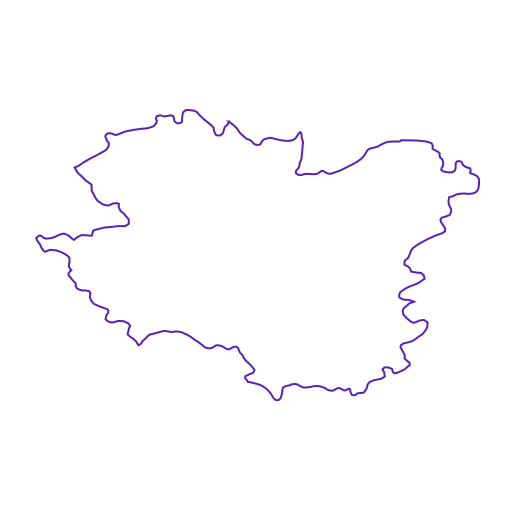 outline of Rechytsa, Gomel, Belarus, rotated 182°
{"feature_id": "67162791B36955231142498", "entity_name": "Rechytsa", "entity_type": "district", "adm_level": 2, "iso_a3": "BLR", "parent_name": "Belarus", "parent_adm1": "Gomel", "projection": "equal_earth", "projection_center": [30.22, 52.327], "detail": "fine", "context": "isolated", "style": "outline", "palette": "violet", "viewbox_px": 512, "rotation_deg": 182, "n_neighbors": 0, "source": "geoboundaries", "source_scale": "gbopen_adm2", "svg_char_len": 6031}
<svg xmlns="http://www.w3.org/2000/svg" viewBox="0 0 512 512"><g transform="rotate(182 256 256)"><path d="M143.7,123.1L142.4,124.9L140.5,128.1L140.0,131.4L137.9,134.2L133.1,136.2L129.4,137.0L126.2,137.8L123.1,140.0L123.9,144.5L125.7,146.9L123.8,149.1L119.9,149.3L116.2,147.9L114.9,144.5L113.0,143.5L110.7,144.3L106.4,146.3L103.5,147.9L100.6,150.7L98.5,152.3L99.0,154.8L101.9,157.0L103.8,158.6L104.0,162.1L105.8,165.6L108.4,169.7L108.1,171.9L105.6,173.8L102.4,174.6L98.5,175.8L96.3,176.7L93.9,178.5L92.7,179.4L90.2,181.4L87.2,183.4L84.7,186.5L82.9,189.6L82.4,191.1L82.2,195.6L85.9,198.0L90.5,197.2L93.3,195.7L96.2,194.8L98.2,195.4L100.8,197.2L102.8,198.8L106.5,202.3L107.5,206.1L106.8,208.5L105.1,210.3L103.0,212.0L101.3,213.8L96.6,215.8L99.3,216.7L102.2,217.5L106.7,217.5L109.4,218.5L111.5,219.9L111.5,222.4L110.4,225.0L105.9,228.5L100.8,231.2L94.9,233.6L91.6,235.5L88.9,237.6L86.7,239.2L87.6,242.4L90.4,244.9L93.6,244.9L100.4,245.8L101.8,249.1L103.8,251.0L107.2,252.3L107.5,254.8L107.0,256.7L104.3,259.0L103.3,260.7L102.2,263.9L101.0,267.2L99.2,269.6L94.8,273.0L91.7,274.9L88.1,277.1L85.6,278.6L81.4,280.6L77.8,282.5L73.7,284.1L70.7,285.3L68.0,287.1L67.9,290.0L69.6,292.6L72.0,295.9L73.0,298.5L71.8,300.7L67.7,302.1L64.0,303.7L62.6,306.6L62.5,309.1L63.8,311.9L65.2,314.7L65.5,317.9L65.0,321.5L60.7,322.9L58.0,324.5L54.1,325.4L50.0,325.7L45.6,325.5L42.1,325.9L39.0,327.1L37.0,329.1L36.0,331.9L35.8,334.4L35.6,338.1L35.9,340.8L37.8,343.5L40.8,345.0L43.2,345.7L45.1,346.5L44.4,348.7L45.0,351.1L47.6,351.7L50.0,352.5L52.3,354.2L53.7,357.0L55.9,358.0L58.6,357.4L59.6,355.8L59.6,350.7L60.2,348.4L62.4,346.7L65.8,346.2L68.8,346.5L72.5,347.3L73.9,348.7L73.4,350.9L72.2,352.8L72.2,355.1L72.5,357.4L73.3,359.1L75.4,360.8L76.1,363.1L76.0,365.0L77.6,366.4L80.5,367.9L83.2,369.2L83.3,371.3L83.3,372.8L84.5,374.8L86.7,375.6L90.6,376.4L94.8,376.8L99.4,377.0L105.0,377.0L110.1,376.8L114.8,376.8L114.8,376.4L116.7,375.4L121.6,375.3L126.3,374.9L129.0,374.5L131.2,373.5L133.8,372.3L135.7,371.2L138.4,369.5L142.0,368.4L146.0,367.3L148.4,365.6L150.3,361.9L151.2,360.4L152.8,358.4L155.1,356.1L160.1,352.4L167.3,348.5L174.7,344.4L180.9,342.0L183.7,340.9L185.7,340.7L188.3,341.3L191.2,343.0L193.1,343.4L194.3,342.8L195.6,341.7L196.8,340.8L198.4,340.1L201.0,339.7L205.2,339.8L207.6,339.9L209.9,339.7L212.8,338.7L214.6,338.4L216.7,338.6L219.0,340.1L219.2,341.8L218.0,343.7L216.2,345.8L215.9,347.2L215.6,350.2L214.0,354.5L213.5,361.3L213.0,371.8L214.5,375.9L214.9,379.7L216.0,381.3L217.6,380.0L219.6,376.4L220.9,374.7L223.0,373.2L225.8,372.4L229.5,372.1L231.5,372.2L236.1,372.7L238.1,373.1L240.8,373.7L245.7,374.7L249.7,373.7L252.7,372.5L254.8,369.5L255.6,367.8L257.4,367.1L260.5,367.2L262.4,368.4L263.9,370.1L265.9,371.6L269.6,372.9L272.3,375.0L276.3,378.4L279.3,382.6L282.8,385.8L287.8,389.4L287.7,389.4L289.3,385.9L291.7,383.9L292.6,380.4L293.3,377.7L295.7,375.3L298.8,375.1L300.8,376.1L302.4,379.9L302.9,382.8L305.1,385.1L310.0,388.7L313.8,391.6L317.1,394.6L319.8,397.5L322.2,398.9L326.9,399.5L331.3,399.4L333.8,397.1L334.4,394.6L334.6,390.9L334.6,387.5L336.6,386.1L339.5,385.8L342.2,387.8L342.6,390.1L343.5,392.8L346.0,393.7L350.2,392.7L352.9,392.3L356.7,393.3L360.2,392.1L360.9,389.9L359.8,387.8L360.4,384.9L363.1,382.0L368.6,379.9L374.4,379.2L382.2,377.9L387.3,376.7L391.1,375.8L394.2,374.4L397.1,373.2L400.2,372.0L402.7,372.6L404.3,373.4L406.9,373.5L408.6,373.4L410.4,371.6L410.7,370.0L410.0,368.4L409.0,366.1L407.1,363.9L407.0,361.2L408.4,358.2L410.5,356.1L412.9,354.6L418.0,351.5L424.6,347.9L431.2,343.8L436.1,340.2L440.3,338.1L440.2,338.0L437.3,333.2L431.8,328.4L428.8,325.5L422.9,321.6L422.5,315.6L418.1,307.9L415.9,305.4L411.1,302.3L407.4,301.4L404.8,301.4L400.8,303.4L397.5,304.0L394.9,303.4L394.9,300.0L393.0,296.3L389.3,293.5L384.5,288.1L384.2,283.8L387.8,281.3L395.6,281.0L404.0,279.6L408.1,279.3L416.5,276.8L419.4,275.9L420.9,270.5L428.3,270.8L431.2,270.8L435.6,268.3L438.5,265.7L441.5,267.7L443.3,269.4L444.8,270.3L448.8,271.7L452.2,270.8L454.4,269.7L458.4,267.7L462.1,266.6L466.5,266.0L469.1,266.9L471.6,268.8L473.5,268.8L476.4,266.3L475.3,264.0L472.3,260.1L470.5,256.4L467.9,253.3L466.4,253.0L464.6,253.9L462.0,255.0L456.1,254.7L450.6,253.0L445.1,250.2L442.5,247.9L442.1,244.2L442.7,240.9L442.7,239.0L441.2,236.6L440.0,235.2L441.5,234.0L442.8,232.1L442.7,230.3L440.3,227.7L438.5,225.5L436.0,223.2L435.0,221.6L435.1,219.2L433.2,216.9L428.5,215.4L425.9,215.7L421.6,215.1L420.2,213.1L420.5,211.3L420.6,208.9L419.1,205.6L416.6,202.7L413.7,201.4L411.7,200.5L406.9,199.0L402.6,197.5L401.5,195.9L402.0,193.8L403.3,191.8L404.2,187.5L401.8,185.6L399.7,184.7L396.4,184.6L393.8,185.6L391.0,186.3L385.8,186.2L381.3,184.2L379.2,181.6L380.4,179.5L381.0,176.1L381.7,173.3L378.4,170.5L376.2,169.3L372.9,166.5L370.4,162.7L367.8,164.3L366.6,166.9L363.3,169.9L361.5,172.1L359.3,173.8L353.8,175.3L350.5,176.4L346.9,177.5L344.5,177.9L340.3,177.4L337.9,177.0L334.3,177.7L330.3,177.7L327.7,177.2L325.4,176.2L322.8,175.2L319.5,173.6L317.5,172.3L314.1,169.9L310.8,168.1L306.4,165.0L304.2,163.1L300.2,162.0L297.1,162.5L294.7,164.0L292.7,165.3L291.1,165.5L287.1,164.8L285.6,164.0L282.3,162.1L279.6,161.8L277.4,163.0L275.2,164.3L272.7,164.8L270.5,163.1L269.9,161.3L268.5,158.7L266.1,156.5L264.5,153.5L262.5,151.1L259.4,148.4L257.2,146.5L255.2,144.3L253.5,142.0L254.8,139.1L258.1,137.8L260.3,136.6L262.3,135.6L262.8,133.9L261.0,131.8L259.8,129.9L255.9,129.4L252.3,128.6L249.3,127.9L245.0,126.3L242.4,124.7L239.6,122.6L238.3,120.9L236.9,119.7L235.0,116.9L234.0,115.1L231.6,112.9L229.4,112.5L227.7,113.3L226.4,115.0L225.8,116.9L225.0,121.2L225.0,123.3L224.1,125.7L221.3,127.1L217.6,128.0L215.7,129.1L212.1,129.5L209.4,128.8L207.6,127.6L204.0,126.3L201.7,126.3L198.7,126.7L196.4,127.2L193.2,128.0L190.4,128.2L187.5,128.0L185.0,127.3L182.5,126.4L180.6,125.2L178.6,124.4L175.1,123.9L173.7,124.4L172.1,125.5L170.6,126.4L169.0,126.9L167.4,126.8L165.6,125.9L164.5,125.2L162.7,124.7L161.2,125.2L158.9,126.5L157.8,126.6L157.1,125.7L157.1,124.2L156.3,122.1L155.1,120.3L152.1,120.3L149.8,122.3L147.1,122.7L143.7,123.1Z" fill="none" stroke="#5b21b6" stroke-width="2"/></g></svg>